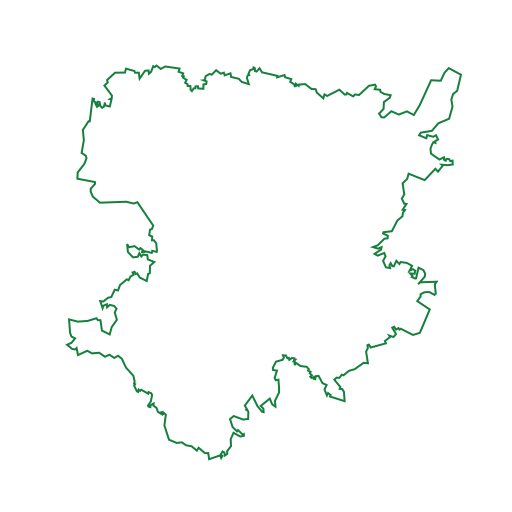 the district of Álamo Temapache, Veracruz, Mexico, rotated 186°
{"feature_id": "50627088B22684914859278", "entity_name": "Álamo Temapache", "entity_type": "district", "adm_level": 2, "iso_a3": "MEX", "parent_name": "Mexico", "parent_adm1": "Veracruz", "projection": "robinson", "projection_center": [-97.719, 20.991], "detail": "fine", "context": "isolated", "style": "outline", "palette": "green", "viewbox_px": 512, "rotation_deg": 186, "n_neighbors": 0, "source": "geoboundaries", "source_scale": "gbopen_adm2", "svg_char_len": 6053}
<svg xmlns="http://www.w3.org/2000/svg" viewBox="0 0 512 512"><g transform="rotate(186 256 256)"><path d="M225.1,432.1L231.1,431.0L231.3,429.6L234.2,431.4L234.1,429.1L235.2,428.9L235.9,430.7L240.2,432.8L239.4,435.6L245.7,436.8L246.5,438.9L253.6,435.9L253.5,437.4L269.2,439.3L272.1,443.1L274.7,439.5L276.4,439.9L276.8,442.7L278.1,443.2L278.0,441.7L281.3,440.2L282.5,436.5L281.7,435.3L283.1,434.8L283.7,432.2L281.1,426.2L288.4,427.6L291.6,430.4L299.5,431.5L300.5,435.0L306.1,432.4L307.1,435.0L310.1,433.6L315.1,436.6L318.9,431.7L321.1,432.2L324.8,429.7L325.4,425.6L326.5,425.3L323.4,424.5L323.5,421.8L326.2,421.1L325.8,416.8L331.0,416.6L331.6,418.8L333.9,418.3L333.8,416.4L335.5,416.2L337.0,413.3L338.4,414.5L339.0,418.1L341.7,417.9L342.1,419.7L344.6,420.9L343.4,423.9L347.2,425.7L346.6,427.1L348.2,427.3L347.5,430.0L352.2,431.1L351.6,434.4L366.0,435.0L370.3,432.1L374.8,435.0L376.5,433.3L378.0,434.1L379.6,428.2L381.5,426.1L382.3,429.3L385.7,428.6L390.3,420.2L391.7,426.1L395.4,425.6L396.3,427.3L404.9,428.7L405.5,424.7L415.3,423.6L422.5,415.4L421.6,413.0L424.6,409.7L416.0,400.4L416.0,398.0L417.7,396.7L416.1,396.5L417.0,389.4L421.5,390.0L422.3,392.8L422.9,388.6L424.5,387.3L426.5,389.0L427.6,392.7L429.3,393.0L430.2,391.7L428.2,389.2L429.6,387.7L431.7,390.7L431.1,392.0L433.6,392.8L433.5,395.3L435.0,395.5L435.4,372.5L436.6,372.5L441.4,363.3L439.3,353.1L440.2,340.3L435.6,337.8L434.8,335.5L436.3,329.7L442.1,320.4L441.7,314.2L423.9,312.7L423.6,310.9L427.4,305.6L427.1,302.6L424.4,297.9L416.7,292.7L390.8,296.4L383.0,295.4L379.6,297.1L361.4,275.5L362.4,271.8L364.1,271.2L364.4,265.5L361.2,264.5L361.1,260.7L359.2,261.0L356.6,258.3L355.1,251.2L355.2,249.7L359.7,250.3L360.0,248.2L367.8,249.2L367.5,248.2L369.7,247.9L369.4,250.3L371.8,251.8L372.9,250.2L377.8,253.1L383.2,251.5L385.4,254.4L383.8,246.6L378.2,241.8L373.5,242.9L372.3,246.6L370.0,243.5L368.6,245.5L364.3,245.6L363.2,241.3L356.5,239.4L360.4,235.2L359.8,227.8L361.4,226.9L362.1,219.7L369.3,222.4L372.4,226.3L373.9,225.5L375.1,227.6L377.0,226.7L375.9,224.5L378.7,222.4L380.1,218.6L382.0,219.3L388.2,212.9L389.6,207.3L393.0,207.7L395.6,200.1L398.8,199.0L403.0,194.8L406.2,194.9L403.1,188.1L402.6,190.6L399.3,192.4L398.7,189.4L396.3,192.1L391.9,191.5L389.2,189.0L390.6,185.1L387.7,178.0L392.1,170.1L393.3,162.7L401.4,165.7L404.0,175.9L406.6,175.7L408.2,177.4L416.4,173.9L426.4,172.1L435.3,173.4L432.8,159.8L431.1,156.6L427.3,155.2L430.5,150.3L434.6,148.0L429.2,144.4L426.2,144.1L424.8,145.7L422.7,138.9L413.9,144.1L408.9,142.0L401.9,143.4L395.6,140.0L391.5,142.5L386.2,139.8L382.8,142.4L378.7,139.8L373.6,131.4L365.4,124.0L363.5,118.3L364.0,116.3L362.8,115.9L363.6,114.2L360.3,109.0L359.1,108.5L358.7,110.9L357.1,109.7L356.1,111.0L348.8,107.8L348.6,109.4L346.0,108.6L344.8,107.0L345.4,100.3L347.8,96.0L347.2,95.0L345.3,94.6L345.3,96.5L342.4,98.6L342.3,96.4L339.1,94.6L337.3,90.8L333.7,89.1L334.3,90.5L332.4,91.1L331.8,89.1L330.8,90.0L329.1,88.8L329.4,77.9L323.3,64.2L315.4,61.8L310.3,62.9L305.9,60.5L300.1,60.0L294.5,56.3L293.0,59.3L286.2,54.6L282.9,55.0L281.4,49.0L271.0,53.9L269.5,51.4L268.5,53.6L270.3,54.9L268.8,58.1L266.9,57.3L266.2,54.3L263.9,56.2L264.3,58.9L261.0,64.3L262.0,71.1L259.9,77.8L252.7,74.8L249.2,76.0L249.5,77.6L250.4,76.9L255.7,81.0L256.6,79.6L261.4,83.5L264.8,91.1L261.4,94.5L251.8,92.0L246.8,93.1L247.3,100.1L248.5,102.0L250.3,101.6L249.0,102.7L251.5,106.1L245.1,116.8L238.8,106.8L233.6,101.7L232.1,101.5L232.7,104.9L235.6,107.4L227.4,115.6L224.3,110.1L220.9,108.2L222.0,113.9L218.8,122.7L219.3,127.6L220.8,135.4L223.3,134.5L224.7,136.6L223.2,144.2L227.1,144.4L227.6,146.5L225.1,153.0L218.6,155.6L217.7,158.0L218.8,160.1L215.9,160.2L214.1,157.6L212.7,158.2L212.0,156.2L209.5,158.4L207.0,158.2L207.2,156.5L206.3,156.7L207.6,155.0L206.4,154.6L206.2,151.5L205.1,153.9L200.2,151.2L194.1,151.1L191.6,148.9L192.2,147.4L189.6,146.5L190.3,145.0L187.9,143.2L189.4,141.7L188.0,140.5L185.7,141.7L185.8,140.0L184.2,139.7L184.1,142.7L181.2,143.3L176.6,136.5L172.3,135.1L173.9,130.4L170.9,124.7L170.0,127.2L167.3,125.5L167.8,124.0L152.7,120.9L154.3,130.0L156.3,132.7L158.9,132.6L158.4,134.5L165.2,141.2L163.0,143.5L160.4,143.5L158.2,146.9L156.5,146.5L151.6,151.5L146.1,153.7L137.8,161.0L133.5,161.0L136.5,172.4L135.1,176.2L135.9,178.9L134.5,179.7L132.3,177.0L117.7,182.7L118.9,184.9L114.1,189.5L115.2,190.8L110.8,189.8L108.6,193.0L113.0,198.9L111.3,200.1L109.0,197.4L106.8,199.2L105.7,197.8L104.5,198.8L91.6,193.9L85.0,196.7L77.6,221.0L90.9,228.0L88.1,232.8L88.3,235.2L84.9,237.5L79.9,238.3L74.4,236.0L73.3,237.3L75.2,246.4L73.7,249.3L89.9,247.0L91.8,244.9L86.0,253.0L85.9,256.1L88.0,259.4L93.1,261.4L94.5,250.5L95.5,250.2L98.9,251.4L98.3,252.5L100.9,254.8L96.4,254.9L96.1,258.0L98.7,259.3L101.7,257.5L99.8,262.5L105.2,264.9L111.5,265.1L112.6,263.0L115.9,265.9L117.9,260.1L119.4,260.2L121.3,263.0L122.3,260.8L121.4,258.0L125.6,258.3L129.1,264.4L127.1,269.2L128.8,272.4L135.0,269.1L138.3,270.5L132.3,275.4L132.1,277.9L135.3,276.1L140.6,277.1L136.1,279.3L130.0,286.7L127.0,287.3L127.0,289.9L132.0,291.7L131.7,293.0L123.5,294.8L119.1,306.1L114.5,310.8L114.4,314.4L112.7,317.2L115.0,317.3L111.8,323.5L114.1,323.6L117.0,328.4L115.0,332.8L117.8,343.6L113.7,348.5L112.8,353.8L96.2,349.1L86.7,361.5L83.8,358.9L79.7,365.4L80.8,366.2L75.5,366.3L72.4,366.9L70.0,367.7L69.9,367.7L70.5,371.4L72.7,370.6L74.0,372.5L76.8,372.6L77.3,370.6L79.1,371.4L79.4,373.8L83.6,371.1L92.7,376.1L93.7,381.0L92.8,384.6L91.5,387.8L89.4,387.2L89.8,388.9L87.1,390.9L89.6,394.9L92.1,393.1L98.4,394.1L98.9,390.9L106.4,393.1L105.0,395.9L94.1,398.9L88.6,407.0L78.3,412.7L76.2,425.1L78.1,432.1L76.9,437.7L73.2,441.3L71.1,457.7L83.9,463.0L87.7,457.9L90.6,449.6L100.2,449.1L108.8,423.5L113.8,412.7L121.0,415.6L128.8,411.6L136.5,414.1L143.0,407.2L145.7,407.1L148.5,410.5L144.5,415.6L144.9,422.5L139.5,427.3L138.9,430.0L145.3,430.5L149.4,432.3L149.9,434.3L155.4,434.3L154.4,437.3L155.6,438.9L161.4,437.1L170.3,426.9L174.4,427.0L176.0,424.9L182.6,427.7L183.0,426.1L184.6,425.8L190.5,430.1L202.0,422.6L204.8,423.9L205.5,419.8L212.6,424.9L214.1,428.1L218.2,427.9L225.1,432.1Z" fill="none" stroke="#15803d" stroke-width="2"/></g></svg>